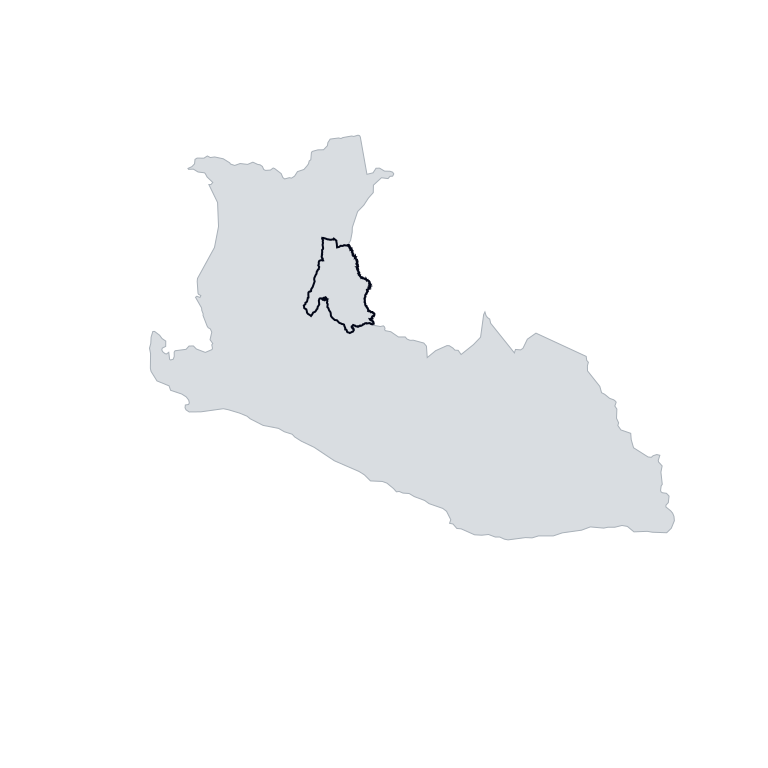 Requena, Loreto, Peru shown in context, rotated 321°
{"feature_id": "86281439B4409689759703", "entity_name": "Requena", "entity_type": "district", "adm_level": 2, "iso_a3": "PER", "parent_name": "Peru", "parent_adm1": "Loreto", "projection": "natural_earth1", "projection_center": [-73.578, -5.99], "detail": "fine", "context": "in_parent", "style": "outline", "palette": "ink", "viewbox_px": 768, "rotation_deg": 321, "n_neighbors": 0, "source": "geoboundaries", "source_scale": "gbopen_adm2", "svg_char_len": 9638}
<svg xmlns="http://www.w3.org/2000/svg" viewBox="0 0 768 768"><g transform="rotate(321 384 384)"><path d="M524.0,224.8L523.8,226.9L521.5,227.9L519.4,226.4L516.4,226.9L511.8,222.1L500.9,222.8L496.1,228.5L488.9,229.7L480.9,232.3L472.0,233.4L457.9,242.4L454.7,246.1L448.4,251.4L443.2,253.2L440.6,269.6L435.5,279.2L433.5,284.5L436.3,292.4L436.2,296.2L433.4,299.4L431.0,299.7L426.2,303.1L419.1,310.3L417.8,315.9L420.1,323.3L419.3,324.1L413.4,325.5L413.5,329.6L412.3,331.2L417.3,337.0L420.1,338.4L420.3,339.9L419.8,341.4L418.7,342.1L418.6,343.4L422.2,347.7L424.8,356.5L430.1,360.8L430.2,363.6L431.7,366.4L434.4,368.5L440.7,377.2L440.8,381.3L434.2,390.7L445.1,390.6L457.1,393.8L458.8,395.3L460.2,399.5L460.4,402.3L462.8,404.5L462.5,409.6L478.3,409.7L488.5,408.4L505.1,392.8L507.8,391.5L506.4,394.9L506.2,397.4L507.0,400.1L505.1,403.9L504.9,441.9L507.9,439.9L511.7,443.5L514.5,443.7L523.6,439.4L534.1,440.1L558.5,489.8L556.4,493.2L556.5,495.7L553.5,497.9L550.4,501.9L550.2,521.7L547.6,527.7L549.0,530.8L550.3,537.1L552.6,540.9L553.1,543.3L552.9,544.3L549.5,546.4L549.2,550.0L543.1,557.0L541.9,561.8L539.6,563.4L539.2,568.8L544.7,577.6L541.1,582.8L537.8,590.6L543.3,606.9L545.6,609.2L548.0,609.1L551.6,610.5L553.5,613.0L549.0,616.0L548.3,617.4L548.6,622.7L543.7,626.8L537.1,637.1L535.3,637.6L532.0,640.7L531.4,642.2L531.9,643.7L534.7,646.7L535.0,650.5L530.3,655.1L526.9,655.6L525.7,656.9L527.0,663.2L527.0,666.1L526.0,669.4L523.6,673.0L516.5,676.9L510.1,677.5L499.3,668.1L495.9,664.2L485.2,656.2L483.5,647.8L479.9,643.7L473.3,640.6L468.0,636.3L464.1,634.3L454.4,624.9L445.5,621.9L428.9,611.9L420.0,608.6L408.5,599.3L402.3,596.8L397.3,592.4L382.3,583.2L379.9,580.3L377.6,575.7L374.2,573.0L370.5,566.7L364.9,563.1L359.5,558.2L352.8,545.1L349.7,542.1L349.5,536.2L347.3,533.5L350.5,531.5L352.5,522.3L351.4,517.7L343.7,505.3L342.3,500.1L336.7,490.6L334.6,484.9L330.1,480.7L328.2,477.1L325.8,475.6L325.6,471.2L323.9,462.9L321.4,458.7L312.5,450.8L311.6,442.3L309.6,436.4L297.1,412.4L289.9,389.3L283.8,376.5L281.3,369.1L281.0,365.2L276.5,358.4L274.1,352.1L264.0,340.1L258.1,326.8L257.3,322.8L253.3,315.5L246.8,306.0L243.6,302.1L224.2,290.4L215.0,283.1L213.9,279.5L214.4,277.3L216.4,275.3L219.2,276.9L220.8,276.2L222.1,273.6L222.2,269.6L220.5,264.5L214.2,254.6L215.8,250.2L209.5,238.7L210.9,227.6L212.3,224.8L221.7,213.5L224.3,208.6L228.3,205.7L232.4,201.1L237.4,197.7L238.8,198.8L240.3,204.9L240.1,208.9L241.4,213.3L238.0,217.4L234.3,216.6L232.8,217.6L232.3,219.5L232.9,222.6L233.9,223.8L236.7,223.9L232.9,229.9L233.2,231.0L235.8,232.1L238.3,230.6L241.0,227.2L242.6,226.7L252.0,232.5L256.4,231.8L259.8,234.5L260.2,238.7L265.0,247.0L272.0,249.0L273.2,248.3L274.8,245.2L276.4,244.8L276.7,240.1L282.8,235.3L283.7,231.9L282.8,229.6L283.0,227.7L286.5,216.8L287.6,215.7L288.7,212.2L290.1,210.1L292.1,198.0L293.8,198.0L295.4,200.9L297.3,200.1L296.3,197.4L296.6,196.4L303.4,186.7L305.5,184.6L338.2,171.2L354.5,157.5L368.9,138.2L373.4,118.8L375.0,120.1L377.8,119.6L376.8,111.8L377.5,108.1L377.4,106.9L372.9,102.2L371.1,97.1L367.2,94.2L367.3,93.1L371.5,94.2L375.3,93.7L378.5,90.5L380.9,90.8L386.2,95.2L390.2,95.6L391.5,98.7L395.3,101.0L400.8,107.8L403.3,115.0L403.1,116.4L405.5,120.2L410.9,122.1L416.2,127.5L421.7,129.1L424.1,134.0L425.6,135.6L426.4,138.4L425.5,141.6L426.3,143.4L430.4,146.3L433.8,146.4L434.6,147.8L436.5,155.8L435.3,159.9L435.8,162.1L440.3,164.1L441.7,165.8L445.3,166.2L450.4,164.5L456.8,166.9L461.7,166.0L463.9,165.4L466.2,163.6L468.2,163.7L473.2,158.5L474.6,158.1L479.9,160.4L484.4,163.9L490.0,163.2L492.3,161.1L496.3,159.8L503.5,164.2L505.1,166.2L507.1,166.6L514.9,170.9L516.3,172.6L520.4,174.3L521.3,175.7L521.0,177.2L502.7,210.3L508.4,213.0L513.6,211.3L516.4,213.5L518.4,218.9L522.5,222.4L524.0,224.8Z" fill="#d9dde1" stroke="#a8b0b8" stroke-width="1"/><path d="M369.0,281.5L370.0,284.4L370.1,285.2L371.8,284.8L373.9,283.9L375.9,284.5L377.7,284.1L378.4,283.6L379.6,283.6L380.9,282.4L383.6,281.5L384.7,280.0L385.8,278.2L387.5,277.1L387.9,277.1L389.0,277.8L389.3,278.8L390.0,278.9L390.0,279.3L389.5,280.0L390.1,280.5L390.3,281.3L390.6,281.7L391.1,281.7L391.4,281.2L390.7,279.8L390.9,279.0L391.3,279.0L392.2,279.6L393.2,279.8L393.3,280.7L393.0,281.9L393.3,282.4L392.8,282.4L392.5,283.0L392.2,283.9L391.0,284.7L390.6,285.4L390.5,286.5L388.4,288.6L388.5,290.1L387.7,292.2L387.6,294.3L387.2,295.3L385.8,297.4L385.5,298.2L385.5,299.9L386.0,303.3L387.5,304.8L387.7,308.0L387.8,308.6L388.5,309.5L389.0,310.8L389.8,311.7L390.3,312.7L389.5,314.5L389.3,315.7L388.2,317.2L388.8,317.8L388.9,318.4L388.6,319.3L388.2,320.0L388.2,320.8L388.4,321.0L389.2,322.1L389.4,322.8L390.3,323.1L391.9,323.3L392.5,323.7L392.9,323.7L394.5,323.1L395.1,322.0L395.2,321.3L394.5,321.1L394.7,319.3L395.2,318.9L395.9,319.1L397.2,318.7L397.5,319.1L397.5,319.8L398.2,320.3L398.3,321.1L398.6,321.8L399.4,322.2L399.6,322.9L399.9,322.9L400.1,323.2L400.5,323.0L401.0,323.5L402.2,323.5L402.4,324.2L403.3,324.5L404.6,324.7L405.3,324.4L405.9,324.9L407.4,324.9L408.5,325.5L408.5,326.0L411.3,327.7L411.4,328.8L411.9,329.1L412.1,329.9L412.9,330.5L413.7,330.3L414.0,330.5L414.3,329.7L414.6,329.5L414.5,328.8L414.9,328.6L414.9,328.4L414.5,327.1L414.6,326.8L414.1,326.4L413.6,325.2L413.7,324.8L414.2,325.5L414.6,325.0L415.0,325.3L415.1,325.7L415.5,325.5L416.2,325.8L416.4,324.7L417.1,324.6L417.3,324.2L418.2,324.5L418.4,324.2L419.0,324.2L419.2,324.3L419.2,324.7L420.0,324.3L420.8,323.3L420.8,322.8L420.2,322.1L420.4,321.3L420.1,321.0L420.2,320.7L419.7,320.3L419.5,320.1L419.2,320.0L419.3,319.8L419.1,319.6L419.1,318.9L418.8,318.8L418.8,318.3L418.2,318.0L418.4,317.6L418.1,317.5L418.1,317.2L417.9,317.1L418.4,316.7L418.3,316.3L419.0,315.2L419.1,314.8L418.9,314.4L419.1,313.8L418.9,313.6L419.1,313.3L419.0,312.7L419.5,312.2L419.0,311.4L419.4,310.4L420.1,309.7L420.4,308.2L420.8,308.2L421.2,307.4L421.6,307.1L422.0,306.3L422.2,306.2L422.4,305.5L422.8,305.4L422.8,305.2L423.8,304.5L424.5,304.5L425.2,303.2L426.2,302.8L426.6,302.9L427.0,302.6L427.2,302.8L427.9,302.2L428.3,302.3L428.6,301.9L429.2,301.9L429.3,301.7L429.5,301.7L429.4,301.3L429.7,300.8L429.8,301.0L430.3,300.3L430.5,300.5L430.4,300.3L430.5,300.3L430.8,300.3L430.9,300.6L431.3,300.3L431.8,300.5L431.9,300.2L432.4,300.1L432.6,300.3L432.6,300.2L433.1,299.9L433.4,300.3L433.3,300.0L433.7,300.2L433.7,299.7L433.9,299.4L434.3,299.8L434.6,299.4L434.4,299.0L434.7,299.1L434.5,298.8L434.7,298.7L434.7,298.9L435.0,298.8L434.8,298.6L435.2,298.5L434.8,298.3L434.8,298.1L435.2,298.2L435.3,297.9L435.5,298.3L435.6,298.2L435.8,298.2L436.1,297.5L436.1,297.8L436.3,297.7L436.4,297.2L436.1,297.0L436.5,296.6L436.4,296.2L436.7,296.1L436.7,296.3L436.9,295.9L436.7,295.2L436.8,294.8L437.1,294.8L437.1,294.4L436.7,293.8L436.4,293.3L436.3,293.5L436.4,293.3L436.2,293.1L436.4,292.9L436.1,292.8L436.1,292.1L435.9,292.2L436.0,291.7L435.8,291.9L435.7,291.7L435.7,290.9L435.5,290.6L435.6,290.2L435.0,289.6L434.9,289.7L434.3,288.4L434.1,288.6L433.9,288.4L434.2,287.8L433.8,287.6L434.1,287.5L434.0,287.2L433.2,286.1L433.2,284.8L433.5,284.6L433.5,284.2L433.4,283.8L433.7,283.8L433.5,283.4L433.7,283.0L433.7,282.7L433.4,282.7L433.5,282.5L433.7,282.3L434.0,282.2L433.9,282.0L434.2,282.0L434.2,281.6L434.9,281.5L434.8,281.1L434.7,281.0L434.8,280.8L434.9,281.0L435.1,280.4L434.9,279.6L435.0,279.4L435.1,279.0L435.3,279.1L435.4,278.4L435.6,278.4L435.4,278.0L435.8,277.7L435.7,277.5L435.8,277.1L436.3,277.1L436.3,276.9L436.5,277.2L436.6,276.8L436.8,277.0L436.9,276.8L436.9,276.0L437.2,275.7L437.6,275.9L437.6,275.6L437.4,275.6L437.6,275.4L437.9,275.4L437.9,275.2L437.7,275.3L437.8,275.0L438.0,275.1L438.1,274.8L438.2,275.0L438.3,274.7L438.6,274.8L438.7,274.4L438.5,274.1L438.8,274.1L438.7,273.6L439.5,273.0L439.3,272.8L439.9,272.7L440.0,272.6L439.9,272.4L440.2,272.2L439.9,272.0L440.1,271.7L440.3,271.9L440.2,271.6L440.5,271.5L440.4,271.2L440.6,271.0L440.3,270.9L440.4,270.5L440.9,270.3L441.0,270.5L441.2,270.3L440.8,268.9L441.0,268.2L441.4,268.0L441.1,267.9L441.3,267.8L441.1,267.6L441.4,267.3L441.2,267.2L441.7,266.6L441.3,266.7L441.3,266.1L441.1,266.0L441.1,265.2L441.4,264.7L441.2,264.7L441.3,264.2L441.2,264.2L441.5,263.8L441.5,263.6L441.3,263.5L441.9,263.0L441.7,262.7L442.1,262.3L442.0,262.0L442.3,261.6L442.2,261.3L442.6,261.2L442.5,260.9L442.7,260.6L443.1,260.5L442.9,260.2L442.9,259.9L442.7,260.2L443.1,259.7L443.3,259.2L443.1,259.1L443.5,259.0L443.6,258.7L443.4,258.5L443.7,258.6L443.7,258.1L443.9,258.0L443.6,257.7L443.7,257.3L443.8,257.2L443.5,257.3L443.8,256.8L443.6,256.3L443.8,255.9L443.5,255.8L443.6,255.7L443.4,255.3L443.7,255.0L443.5,254.9L443.5,255.1L443.3,255.3L443.4,254.9L443.2,254.9L443.1,254.6L443.7,254.1L443.7,253.9L444.0,253.7L443.3,253.2L442.4,253.1L441.5,252.3L440.4,251.0L439.9,251.1L438.5,250.5L437.3,249.3L435.3,249.2L433.5,248.3L435.5,245.4L436.7,243.2L437.2,242.6L436.5,239.5L435.6,239.9L435.0,239.2L434.0,238.8L432.8,237.9L432.0,236.8L431.1,236.0L430.0,234.0L429.3,233.2L429.0,232.5L428.3,232.0L428.0,231.6L427.4,232.1L427.1,233.9L426.5,234.3L425.9,234.9L425.4,236.0L423.9,237.1L422.2,240.1L421.5,240.7L420.4,240.8L419.8,241.4L418.9,242.8L418.1,243.3L417.6,244.3L417.0,244.5L416.5,245.3L415.9,245.5L415.1,247.0L415.1,247.6L415.3,247.9L414.5,249.1L414.4,249.6L413.9,249.3L413.6,248.6L412.4,247.9L411.2,247.6L410.5,247.9L409.9,248.3L408.8,249.8L407.6,250.4L407.4,252.1L406.8,252.7L406.0,253.1L405.6,253.7L404.4,253.6L403.4,254.2L402.7,254.2L400.8,255.9L399.7,256.2L396.5,257.8L395.4,259.0L394.7,260.6L389.5,263.8L387.4,264.4L386.7,264.9L385.8,265.9L385.0,265.8L384.2,265.2L382.9,265.3L381.7,266.6L379.7,269.3L379.0,269.1L378.6,269.5L376.3,271.3L375.5,271.6L374.1,271.4L373.3,272.4L371.0,272.6L370.7,273.4L369.8,274.7L369.9,275.4L370.6,277.1L369.6,279.3L369.1,280.0L369.0,281.5Z" fill="none" stroke="#020617" stroke-width="2"/></g></svg>